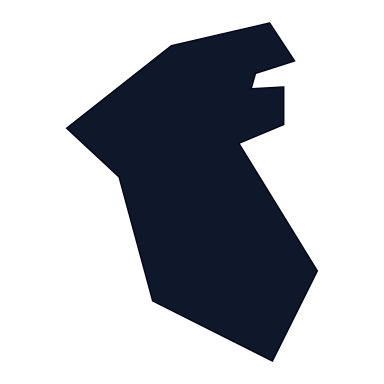 Bel Air, Mercator projection
{"feature_id": "SYC-5206", "entity_name": "Bel Air", "entity_type": "state/province", "adm_level": 1, "iso_a3": "SYC", "parent_name": "Seychelles", "parent_adm1": "", "projection": "mercator", "projection_center": [55.454, -4.638], "detail": "fine", "context": "isolated", "style": "filled", "palette": "ink", "viewbox_px": 384, "rotation_deg": 0, "n_neighbors": 0, "source": "natural_earth", "source_scale": "10m", "svg_char_len": 292}
<svg xmlns="http://www.w3.org/2000/svg" viewBox="0 0 384 384"><path d="M269.6,23.0L294.5,60.9L255.5,73.4L251.1,88.8L283.7,87.0L283.7,124.5L238.8,143.3L317.3,270.9L272.4,361.0L152.7,300.9L119.1,177.0L66.7,128.2L171.4,45.7L269.6,23.0Z" fill="#0f172a" stroke="#020617" stroke-width="1.5"/></svg>